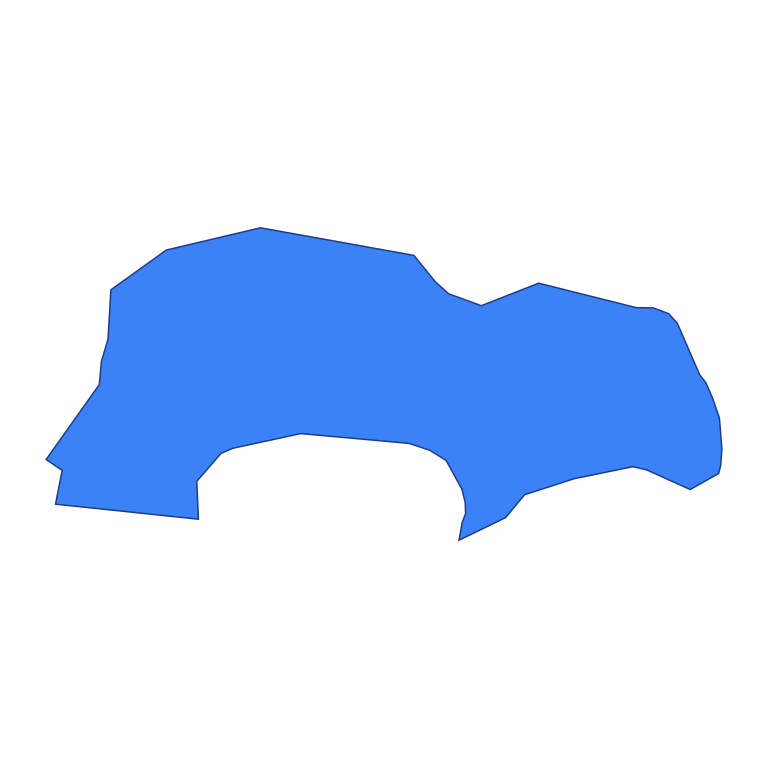 an SVG outline of Dobrova-Polhov Gradec
{"feature_id": "SVN-204", "entity_name": "Dobrova-Polhov Gradec", "entity_type": "Municipality", "adm_level": 1, "iso_a3": "SVN", "parent_name": "Slovenia", "parent_adm1": "", "projection": "natural_earth1", "projection_center": [14.336, 46.06], "detail": "fine", "context": "isolated", "style": "filled", "palette": "blue", "viewbox_px": 768, "rotation_deg": 0, "n_neighbors": 0, "source": "natural_earth", "source_scale": "10m", "svg_char_len": 668}
<svg xmlns="http://www.w3.org/2000/svg" viewBox="0 0 768 768"><path d="M690.2,489.5L646.4,469.8L632.8,466.7L574.1,478.7L524.6,494.7L505.6,517.6L459.0,540.2L462.3,522.0L465.6,513.6L465.2,502.4L461.9,489.2L446.1,460.4L429.6,450.2L409.0,443.4L300.5,433.6L233.1,448.2L221.1,453.3L196.8,481.3L198.4,519.2L55.5,504.2L62.2,470.4L46.1,459.5L99.3,384.6L101.4,361.5L108.0,339.3L110.9,289.8L166.4,250.0L260.4,227.8L413.9,255.4L435.4,281.9L448.7,293.8L481.3,305.7L538.6,283.2L636.1,307.6L653.4,307.9L668.7,313.7L677.3,323.2L699.6,374.6L705.8,382.6L712.4,397.7L719.4,417.9L721.9,449.2L720.7,465.4L718.6,473.5L690.2,489.5Z" fill="#3b82f6" stroke="#1e3a8a" stroke-width="1.5"/></svg>